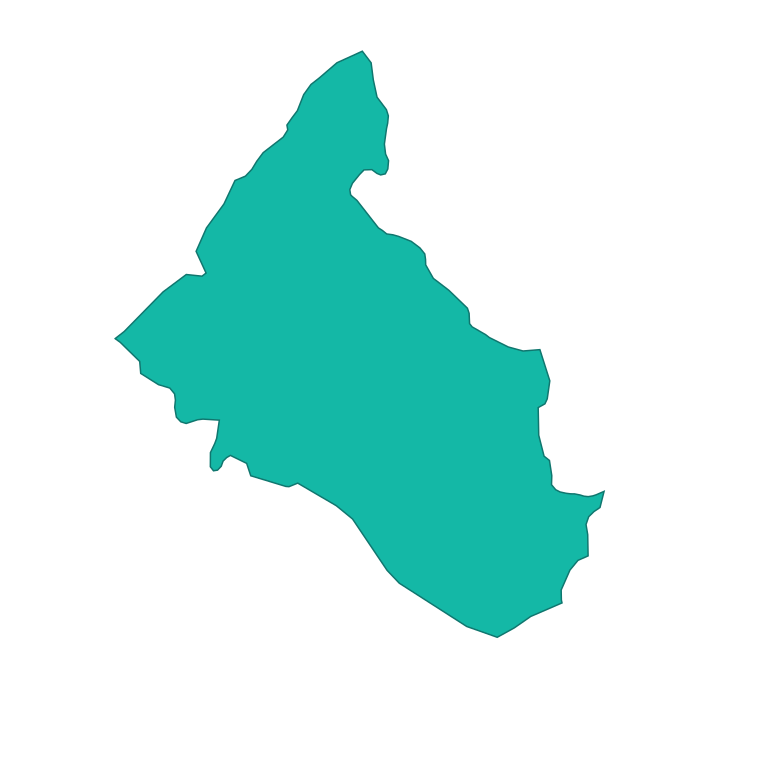 outline of Porto, rotated 52°
{"feature_id": "PRT-754", "entity_name": "Porto", "entity_type": "District", "adm_level": 1, "iso_a3": "PRT", "parent_name": "Portugal", "parent_adm1": "", "projection": "mercator", "projection_center": [-8.398, 41.24], "detail": "fine", "context": "isolated", "style": "filled", "palette": "teal", "viewbox_px": 768, "rotation_deg": 52, "n_neighbors": 0, "source": "natural_earth", "source_scale": "10m", "svg_char_len": 1814}
<svg xmlns="http://www.w3.org/2000/svg" viewBox="0 0 768 768"><g transform="rotate(52 384 384)"><path d="M182.7,567.9L182.7,556.5L175.4,501.4L176.0,472.4L187.0,461.0L187.0,455.9L163.8,450.4L151.7,427.8L143.6,399.3L131.9,376.1L134.9,365.2L133.5,356.0L130.1,347.0L127.3,336.7L127.4,311.4L124.5,303.4L120.2,301.1L117.6,292.6L115.3,284.0L106.5,269.1L103.0,257.1L103.0,247.0L101.9,223.2L108.4,196.2L123.0,196.4L137.8,205.2L153.7,212.9L169.3,213.2L175.4,215.5L180.7,220.5L184.4,224.9L195.2,236.0L203.8,241.2L210.8,242.9L216.9,248.6L219.2,253.6L217.2,257.9L213.7,259.9L207.6,261.6L203.0,267.9L203.9,274.4L206.4,285.3L209.8,291.3L214.3,293.8L216.5,293.6L222.6,292.3L257.5,292.3L262.1,290.7L267.4,289.5L271.8,285.2L276.7,281.6L288.4,274.7L298.9,271.9L306.6,271.8L311.3,274.5L315.8,277.8L331.2,280.1L350.1,275.2L375.6,271.6L380.7,273.4L389.1,279.4L393.2,279.4L407.8,273.5L412.2,272.4L431.3,263.3L443.6,254.1L452.9,240.0L483.6,251.4L496.2,264.5L498.7,269.4L497.5,277.0L519.6,293.6L539.4,302.3L546.1,300.7L559.5,308.2L566.5,314.0L573.0,313.8L577.5,311.7L582.2,307.8L585.5,304.5L587.9,301.5L592.3,297.7L595.5,295.5L598.5,292.4L600.7,288.4L601.9,285.1L604.1,276.7L614.3,289.8L613.8,297.1L614.6,304.4L619.1,311.3L628.1,316.2L645.1,329.0L642.4,339.7L645.1,352.0L655.4,371.2L663.4,377.2L666.1,378.5L657.5,411.5L656.4,431.4L653.3,450.7L626.0,468.1L550.4,494.6L532.8,496.3L471.0,491.9L450.6,496.5L409.0,513.0L406.4,522.1L404.3,524.4L374.3,545.5L362.0,541.1L345.7,549.0L345.1,553.3L345.7,558.3L348.6,562.9L349.4,568.2L347.4,571.8L342.3,571.8L331.2,563.0L326.7,554.0L323.8,549.3L311.1,536.0L300.2,548.3L297.4,552.9L293.3,564.2L288.7,567.4L282.3,568.0L273.5,563.3L268.3,558.3L262.8,555.1L255.3,555.3L245.7,562.1L225.9,569.2L215.8,562.6L188.7,566.2L182.9,567.9L182.7,567.9Z" fill="#14b8a6" stroke="#0f766e" stroke-width="1.5"/></g></svg>